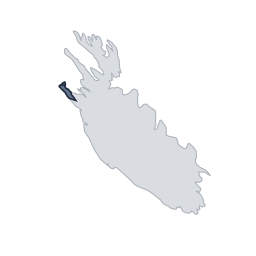 location of Suðurnes within Iceland, rotated 53°
{"feature_id": "ISL-704", "entity_name": "Suðurnes", "entity_type": "Independent Town", "adm_level": 1, "iso_a3": "ISL", "parent_name": "Iceland", "parent_adm1": "", "projection": "natural_earth1", "projection_center": [-22.463, 63.949], "detail": "fine", "context": "in_parent", "style": "filled", "palette": "slate", "viewbox_px": 256, "rotation_deg": 53, "n_neighbors": 0, "source": "natural_earth", "source_scale": "10m", "svg_char_len": 4505}
<svg xmlns="http://www.w3.org/2000/svg" viewBox="0 0 256 256"><g transform="rotate(53 128 128)"><path d="M196.9,94.9L199.2,95.0L202.9,94.1L208.2,91.5L210.4,90.9L215.7,90.9L209.4,93.4L207.2,96.2L205.5,97.5L205.6,98.1L210.1,99.8L212.3,99.2L213.2,99.5L214.1,100.3L214.8,101.8L214.5,103.5L213.2,105.1L211.6,106.5L211.8,106.9L213.2,107.1L220.6,106.3L221.5,108.3L222.2,109.0L222.0,109.7L219.2,111.8L222.6,110.5L225.3,110.1L230.0,110.8L231.9,111.5L233.1,112.9L235.4,112.5L236.5,113.3L236.6,114.1L235.7,116.4L233.0,117.6L234.8,119.2L236.2,119.3L236.4,119.6L236.3,120.6L234.3,121.8L237.8,123.1L238.3,123.6L238.2,125.0L237.6,125.9L236.6,126.4L234.1,126.5L232.5,127.0L233.1,127.9L232.8,130.4L230.9,132.5L229.0,133.6L227.2,134.3L222.1,133.5L222.4,135.3L220.7,136.4L221.0,137.3L221.7,137.7L221.5,138.9L219.2,141.3L217.6,142.1L214.4,143.1L209.8,145.3L205.0,145.3L193.4,148.4L188.8,150.2L180.7,155.3L177.2,156.6L171.3,157.3L153.3,160.7L151.4,162.7L151.3,163.1L152.1,163.9L150.8,165.3L148.1,166.4L146.8,166.4L144.5,165.5L144.3,165.9L145.2,167.0L136.4,168.8L124.1,167.8L113.3,165.3L104.6,164.8L98.5,161.3L98.4,160.8L99.0,159.7L101.2,159.3L100.1,158.2L96.5,160.1L95.3,160.0L93.7,159.3L93.7,158.5L90.6,158.3L85.3,156.0L84.9,155.5L86.2,154.8L86.0,154.7L83.1,154.8L79.0,156.8L54.4,157.6L53.5,156.6L52.5,152.6L53.4,150.9L54.4,151.0L57.3,153.3L63.9,152.0L66.5,151.2L69.0,149.0L70.4,148.3L72.4,145.6L74.4,143.9L78.6,143.1L74.9,142.6L68.7,144.8L66.6,144.8L67.5,143.9L69.7,142.8L68.2,142.7L67.6,142.2L67.6,141.2L68.7,139.5L76.0,136.6L74.2,136.1L69.2,138.3L65.5,139.1L62.5,138.0L61.0,136.7L61.1,136.1L62.9,134.3L62.6,134.0L61.4,133.8L58.2,132.2L53.0,132.4L40.3,131.4L30.7,133.7L28.4,132.6L26.6,130.4L27.0,129.5L28.6,129.0L33.3,129.1L40.2,128.1L43.4,126.8L44.6,127.1L45.2,127.7L49.4,126.7L51.7,125.6L55.5,126.2L69.8,125.5L71.6,124.1L72.4,122.3L72.0,121.9L66.8,123.6L65.6,123.5L59.5,122.7L57.3,121.7L58.0,120.9L61.3,119.2L69.5,116.4L70.6,115.8L70.7,115.1L67.5,113.9L61.3,114.3L59.7,112.9L54.6,112.0L51.2,112.5L49.4,111.7L29.2,116.2L22.7,114.1L18.1,113.8L17.7,113.1L20.4,111.1L22.3,110.8L24.1,111.0L27.7,112.3L30.2,112.8L27.1,110.7L27.0,108.8L26.0,108.3L25.1,107.0L25.5,106.6L29.2,106.9L35.0,109.1L37.9,108.7L41.7,107.3L33.3,106.5L30.7,104.7L32.6,103.8L36.9,103.9L32.1,100.9L31.9,100.3L32.7,99.0L38.7,100.1L35.6,98.4L35.5,98.0L36.4,97.6L36.9,96.5L38.4,96.1L41.5,96.5L46.2,98.5L46.9,99.1L47.1,101.2L48.9,100.9L51.2,101.2L53.0,99.8L54.3,100.1L55.3,101.4L55.2,104.2L56.5,103.2L58.7,103.2L59.0,100.8L58.6,99.0L51.4,96.8L48.5,95.3L48.8,94.7L50.3,94.3L57.8,93.9L54.6,93.0L53.8,92.0L48.1,92.4L45.2,92.0L45.1,91.5L46.2,90.8L49.7,89.4L56.3,89.2L59.0,89.6L64.1,92.8L68.2,94.1L75.0,98.5L79.4,100.1L79.6,100.5L78.9,101.0L77.2,101.6L79.8,102.4L81.4,103.5L81.5,104.0L80.1,107.5L78.5,108.6L74.4,108.0L75.4,109.1L78.3,110.3L79.0,110.9L78.5,111.6L79.9,111.4L80.4,111.7L79.7,113.7L79.0,114.5L81.4,114.9L83.1,115.8L85.2,119.9L86.2,116.8L86.8,115.6L87.8,115.2L88.9,112.1L91.6,110.2L94.2,109.5L96.8,111.7L98.7,111.9L100.6,108.1L100.8,105.2L100.2,102.1L100.5,99.9L101.8,98.6L103.5,98.2L107.1,99.5L110.2,102.6L114.8,105.9L118.0,106.8L118.6,106.7L119.1,105.6L118.6,101.2L120.0,98.8L123.8,98.2L129.4,96.1L130.7,96.0L133.6,97.3L138.7,101.7L142.4,103.8L144.3,107.1L145.2,107.7L145.9,106.6L146.0,105.2L141.4,98.4L141.4,97.4L141.8,96.7L149.6,97.1L151.4,97.8L156.9,101.7L159.5,100.1L164.7,95.5L166.5,95.7L171.0,97.5L172.8,97.4L178.0,95.7L179.1,93.6L176.7,89.2L177.6,88.3L182.4,87.2L187.7,87.5L193.3,91.5L193.6,93.4L196.9,94.9Z" fill="#d9dde1" stroke="#a8b0b8" stroke-width="1"/><path d="M69.1,157.1L68.5,157.2L67.7,157.2L67.4,157.2L66.4,157.4L60.8,156.7L60.4,156.9L60.0,157.2L59.6,157.4L59.2,157.2L59.5,157.1L59.0,157.1L58.2,157.3L57.6,157.5L57.2,157.7L57.0,157.8L56.8,157.8L54.8,157.7L54.3,157.8L54.2,157.8L54.1,158.0L53.8,158.1L53.6,158.0L53.3,157.7L53.0,157.6L53.2,157.3L53.3,157.2L53.5,156.7L53.4,156.4L53.2,156.3L53.0,156.2L52.8,156.0L53.1,155.7L53.5,154.7L54.6,154.5L54.7,154.4L54.6,154.1L54.4,154.1L54.0,154.3L53.6,154.3L53.1,154.1L52.8,153.8L52.7,153.3L53.0,152.7L53.1,152.2L53.0,151.7L53.0,151.4L53.0,151.2L53.4,150.8L53.6,150.7L53.9,150.8L54.5,151.2L55.2,151.5L55.8,151.9L56.3,152.6L56.6,153.3L56.3,153.3L56.6,153.5L57.1,153.6L59.1,153.7L59.6,153.6L59.9,153.4L59.7,153.2L59.8,153.0L60.1,152.8L60.3,152.7L60.6,152.6L61.6,152.5L62.3,152.2L62.6,152.2L62.8,152.2L63.4,152.5L63.6,152.5L64.2,152.4L65.2,151.9L67.0,153.0L69.1,153.0L71.8,152.9L74.8,153.1L69.9,156.3L69.5,156.6L69.1,157.1L69.1,157.1Z" fill="#64748b" stroke="#1e293b" stroke-width="1.5"/></g></svg>